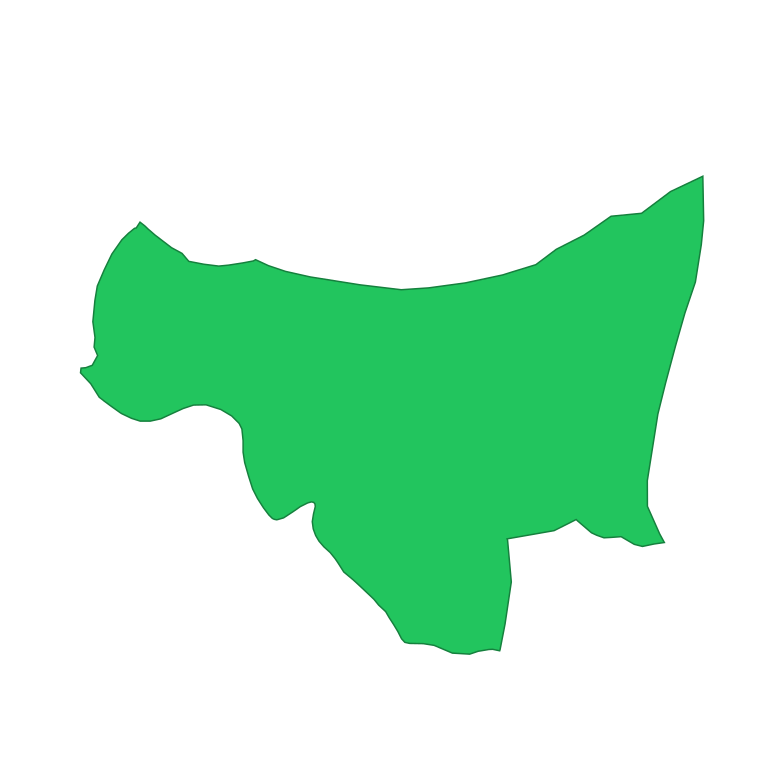 Monchy/Moulin A Vent, Gros Islet, Saint Lucia (Mercator projection), rotated 9°
{"feature_id": "8701671B65471913227261", "entity_name": "Monchy/Moulin A Vent", "entity_type": "district", "adm_level": 2, "iso_a3": "LCA", "parent_name": "Saint Lucia", "parent_adm1": "Gros Islet", "projection": "mercator", "projection_center": [-60.951, 14.063], "detail": "fine", "context": "isolated", "style": "filled", "palette": "green", "viewbox_px": 768, "rotation_deg": 9, "n_neighbors": 0, "source": "geoboundaries", "source_scale": "gbopen_adm2", "svg_char_len": 1932}
<svg xmlns="http://www.w3.org/2000/svg" viewBox="0 0 768 768"><g transform="rotate(9 384 384)"><path d="M117.7,262.3L114.9,268.6L113.2,269.3L108.1,275.0L102.5,282.6L94.9,298.2L89.8,315.1L85.5,332.1L85.4,346.7L86.7,368.0L91.3,383.3L91.9,392.9L96.7,400.7L92.9,411.2L86.7,414.6L82.3,415.7L82.5,420.4L94.3,429.6L104.9,441.7L108.7,443.7L110.0,444.5L117.9,448.6L128.1,453.7L129.5,454.3L140.0,457.4L149.0,458.8L159.0,457.2L169.0,453.3L181.5,444.9L189.5,439.6L199.2,434.6L211.5,432.4L226.8,434.7L238.6,439.4L247.1,445.6L250.7,450.7L253.7,462.0L255.5,473.4L258.7,483.4L264.8,496.5L270.7,508.2L277.0,516.9L284.3,525.1L290.8,531.4L294.7,534.2L296.7,534.8L299.2,534.9L300.3,534.5L305.8,531.9L314.2,524.3L320.5,518.2L327.2,513.4L330.7,511.8L333.1,511.9L334.6,513.3L335.3,515.8L334.7,523.5L334.7,531.2L336.8,538.2L340.2,544.3L344.4,549.4L350.2,554.3L357.1,558.8L363.0,564.1L366.3,567.6L369.4,571.1L373.7,576.0L384.3,582.3L392.7,587.9L398.4,591.8L407.6,598.1L413.3,603.2L421.3,608.6L425.8,614.1L431.0,619.9L436.4,626.3L441.2,632.9L445.0,635.9L449.9,636.2L463.4,634.3L474.4,634.3L493.6,639.1L510.9,637.4L518.9,633.2L522.0,632.2L529.1,629.8L533.0,629.0L533.9,629.1L540.0,629.4L540.2,628.1L541.1,602.2L540.7,559.6L530.5,519.0L529.8,517.7L575.0,502.2L595.0,487.8L596.9,489.1L612.2,498.5L617.8,500.1L625.3,501.5L632.7,499.9L642.1,497.7L656.2,503.2L664.7,504.0L675.7,499.8L685.7,496.7L679.7,488.9L663.3,463.6L659.2,438.3L659.2,403.7L659.2,370.9L662.0,338.6L666.0,300.6L670.1,266.9L675.6,234.6L675.6,196.7L674.2,172.8L666.4,128.9L636.9,149.1L611.7,175.1L582.0,182.8L558.3,205.7L533.1,224.0L515.3,242.4L492.2,253.7L484.2,257.7L448.6,271.4L413.0,282.1L386.3,288.2L344.8,289.8L324.1,289.8L294.4,289.8L274.2,288.5L269.2,288.2L251.4,285.2L237.7,281.3L235.7,282.9L225.6,286.5L211.9,290.9L202.3,293.4L187.3,293.9L172.0,293.4L164.1,286.6L152.8,282.6L134.7,272.8L126.8,267.9L123.4,265.5L117.7,262.3Z" fill="#22c55e" stroke="#15803d" stroke-width="1.5"/></g></svg>